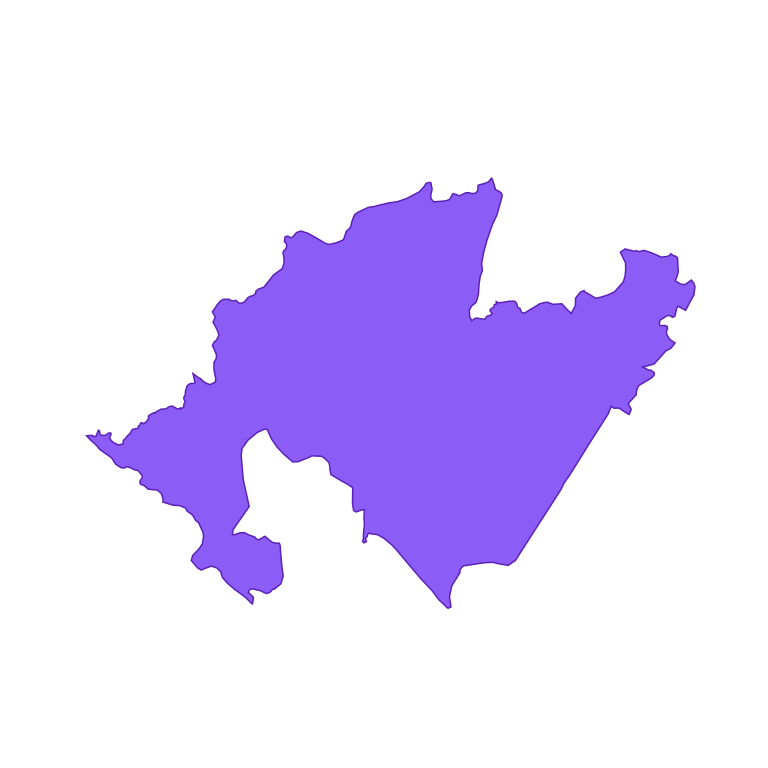 the district of Wamba, Orientale, Democratic Republic of the Congo, rotated 30°
{"feature_id": "63176286B98159467986291", "entity_name": "Wamba", "entity_type": "district", "adm_level": 2, "iso_a3": "COD", "parent_name": "Democratic Republic of the Congo", "parent_adm1": "Orientale", "projection": "mercator", "projection_center": [27.709, 2.096], "detail": "fine", "context": "isolated", "style": "filled", "palette": "violet", "viewbox_px": 768, "rotation_deg": 30, "n_neighbors": 0, "source": "geoboundaries", "source_scale": "gbopen_adm2", "svg_char_len": 6158}
<svg xmlns="http://www.w3.org/2000/svg" viewBox="0 0 768 768"><g transform="rotate(30 384 384)"><path d="M251.5,596.8L262.0,594.4L267.9,591.5L274.2,590.6L277.2,592.6L282.0,592.9L284.8,593.7L285.4,594.1L289.0,596.3L291.9,596.7L292.6,596.7L301.5,603.0L304.1,606.5L306.6,613.3L306.3,618.9L304.1,628.0L305.3,633.2L314.7,636.5L318.8,636.5L320.9,633.5L325.7,627.9L331.4,626.9L336.5,628.3L340.7,632.3L347.6,634.7L357.1,636.5L370.8,638.0L379.8,640.5L379.8,639.2L377.6,634.0L371.5,632.4L370.8,632.2L370.3,630.4L370.9,628.6L373.1,626.9L380.5,624.8L386.7,624.4L388.9,622.2L389.8,620.3L390.1,617.4L391.6,616.5L394.6,608.4L392.7,600.7L387.1,593.5L379.6,582.9L374.9,575.9L373.0,574.2L370.2,575.8L366.6,577.0L361.3,576.2L357.0,575.4L353.7,581.2L351.4,582.2L348.5,581.1L341.9,582.4L337.5,582.5L333.7,584.9L329.6,589.5L327.9,590.1L326.1,585.5L328.5,557.5L310.1,537.4L303.7,528.3L295.9,517.1L293.3,510.8L294.3,500.6L298.5,489.3L303.1,482.8L305.7,481.8L314.0,487.8L322.5,491.9L331.4,494.7L343.9,497.1L348.5,494.2L356.1,484.5L357.4,482.3L366.3,477.7L370.5,478.2L375.8,479.7L378.1,482.3L380.4,485.7L383.4,489.0L395.9,489.2L401.5,489.0L408.7,489.4L416.6,503.5L420.9,508.7L423.9,508.7L426.5,505.5L429.8,502.6L433.4,509.6L437.4,515.6L441.2,524.2L443.1,527.6L444.5,531.3L446.1,531.6L446.5,531.0L447.6,529.3L446.0,527.8L445.1,526.9L445.7,524.5L445.0,522.4L445.7,520.6L447.4,520.3L447.5,520.3L451.7,518.5L454.1,517.7L461.5,517.7L471.4,519.5L477.0,521.2L512.9,534.1L529.2,539.0L539.5,543.5L546.8,545.1L550.9,546.3L552.0,545.8L553.4,543.6L551.0,540.4L547.1,535.6L543.6,524.8L544.1,509.6L542.6,506.3L543.6,501.9L559.5,489.2L563.1,486.7L567.6,484.0L572.7,482.5L582.2,479.0L586.0,471.2L588.6,416.1L590.0,387.2L589.5,379.8L590.4,369.2L591.6,331.9L593.1,298.1L592.0,289.6L594.9,290.0L595.2,290.0L599.7,287.3L607.1,287.9L611.6,287.8L610.8,282.5L605.3,278.7L607.8,267.3L605.8,262.8L605.4,258.0L612.7,244.8L613.5,241.3L612.3,239.0L608.0,238.6L606.9,239.2L605.8,239.7L599.7,239.9L600.7,238.9L604.7,234.9L607.9,231.6L609.5,224.5L611.5,214.5L614.6,209.5L615.6,202.9L611.0,202.7L608.0,202.0L603.5,199.3L602.5,197.5L601.7,194.3L600.5,192.5L597.6,193.0L595.1,194.9L593.4,195.1L592.4,194.5L591.1,190.9L595.3,182.8L598.8,181.6L600.3,182.1L602.0,180.1L601.3,177.4L599.7,172.4L599.8,169.7L600.6,169.6L608.4,169.4L608.0,160.8L607.9,152.0L604.5,144.0L601.4,141.5L598.2,140.3L594.9,147.5L591.2,149.1L584.5,149.0L584.2,145.4L582.8,139.7L578.8,133.7L575.0,127.9L572.2,127.5L571.4,128.1L567.2,127.9L567.5,128.8L567.1,129.5L565.8,131.6L560.8,135.5L558.5,135.7L549.4,136.7L542.1,138.4L538.8,141.8L535.7,142.5L533.5,144.4L531.0,144.7L530.0,145.3L526.8,146.1L525.3,146.4L524.8,147.6L522.8,151.7L532.6,158.3L536.2,164.3L538.8,170.0L540.2,175.8L537.6,188.8L533.3,195.0L528.2,200.6L524.5,203.9L517.3,203.7L511.6,203.8L510.5,203.0L508.1,206.3L507.0,213.9L510.6,220.6L510.9,229.2L505.1,227.9L497.9,225.6L490.5,230.5L485.9,231.2L483.8,231.9L479.0,236.3L471.2,250.5L469.9,252.4L468.0,253.5L463.6,250.4L462.5,250.9L461.3,250.5L457.9,247.4L455.6,247.1L451.1,249.7L445.6,254.3L442.1,256.6L440.0,256.4L441.3,258.7L439.8,260.1L440.7,262.3L438.7,266.4L439.6,267.9L442.2,268.6L442.3,270.0L441.5,271.6L439.1,274.0L439.0,276.8L438.3,277.9L436.5,278.6L430.8,280.8L429.8,281.9L428.4,285.3L424.7,283.0L420.9,277.4L420.9,272.6L422.8,267.7L422.4,264.3L420.7,258.7L416.5,250.2L413.5,242.7L412.8,238.3L412.5,236.5L408.3,230.9L404.4,219.9L401.2,207.6L398.1,191.4L397.3,181.4L394.0,168.2L392.4,162.3L391.5,160.9L389.7,159.9L387.4,159.6L383.4,159.9L380.7,157.3L376.0,152.9L374.1,152.1L373.6,156.4L370.9,160.0L368.1,162.7L366.1,164.9L367.5,167.5L368.6,170.3L367.5,173.4L364.7,175.2L361.6,176.0L359.4,177.3L355.1,183.5L352.1,183.6L348.5,184.8L348.6,191.3L346.3,194.1L343.7,196.1L335.9,201.4L332.4,200.2L330.1,197.3L328.4,191.5L324.1,186.4L322.2,186.9L320.1,189.2L320.1,192.4L318.6,199.7L311.1,211.7L304.5,219.4L297.9,224.5L296.0,226.3L288.7,233.2L286.5,235.5L282.0,239.0L275.7,248.0L274.0,251.7L274.1,254.3L275.1,260.0L276.5,263.9L276.2,267.4L275.0,270.4L276.8,279.2L273.9,283.3L271.8,285.8L266.8,290.5L263.1,291.5L255.7,291.4L242.7,291.5L235.5,293.1L232.5,296.6L231.3,303.1L231.2,303.1L229.5,304.0L226.8,304.0L225.5,305.0L224.9,306.4L226.4,310.3L229.7,311.6L231.0,314.0L231.2,314.3L231.4,316.3L230.5,319.2L231.1,321.2L234.2,324.7L236.9,329.0L238.2,335.0L233.8,344.8L231.6,360.2L227.9,364.5L226.6,367.8L227.5,369.6L226.6,372.7L224.0,375.3L222.9,377.6L222.1,382.7L219.8,385.7L217.8,386.4L213.8,385.6L212.1,387.4L209.4,388.3L207.7,388.0L206.1,388.9L202.8,390.8L202.3,391.5L201.1,393.0L199.9,398.6L199.7,403.7L199.2,407.4L204.4,410.3L205.0,415.9L206.8,416.9L211.9,420.2L216.2,423.5L216.8,426.0L216.9,430.4L215.9,432.4L216.2,436.5L219.5,438.7L224.6,442.8L226.0,446.1L226.0,450.4L229.9,457.0L233.0,460.5L235.9,463.8L236.9,466.9L233.7,471.5L231.1,472.0L226.6,472.2L222.8,471.2L219.5,471.2L213.4,470.5L219.6,477.2L219.4,478.5L216.9,479.7L215.0,482.0L214.5,484.5L214.8,485.8L215.6,489.4L217.2,492.5L217.4,495.9L218.6,497.4L221.2,499.1L220.6,500.8L222.0,504.2L221.5,505.5L220.8,507.1L220.0,506.3L219.4,507.0L218.2,508.4L218.1,508.5L216.9,509.0L211.7,508.9L209.5,510.8L207.3,514.8L203.4,517.4L201.2,521.0L200.8,521.6L200.7,521.8L200.3,523.8L200.0,523.8L199.0,523.9L196.2,528.5L196.2,530.0L197.1,530.8L197.4,531.0L197.1,535.2L196.1,537.9L195.8,538.6L194.2,538.4L193.2,538.9L192.7,540.1L192.9,540.6L193.2,541.6L192.3,543.4L193.1,544.9L193.1,545.0L192.7,545.8L189.1,548.8L188.7,550.2L188.6,550.6L188.9,553.6L187.9,556.8L187.5,557.9L187.4,560.7L186.4,563.1L188.0,566.1L184.7,569.6L181.3,569.8L178.9,570.0L175.2,569.0L174.6,568.6L173.1,567.6L172.9,564.4L172.1,563.1L170.3,563.8L168.2,567.9L165.1,569.6L163.9,569.8L163.0,569.4L162.8,569.2L161.3,567.0L160.2,566.7L159.7,567.0L160.7,573.1L159.8,574.3L159.0,574.3L157.1,574.5L156.2,574.9L155.3,575.4L152.4,577.6L158.4,579.4L165.0,580.7L170.8,582.9L184.8,584.1L189.4,586.4L191.8,587.6L197.7,588.0L200.9,586.8L202.6,584.3L205.2,583.4L211.3,583.0L213.4,582.1L213.9,581.9L219.7,583.9L221.4,585.5L221.4,586.8L221.2,589.8L221.7,591.3L223.5,592.6L227.0,591.9L232.4,593.0L240.7,589.2L241.1,589.3L245.8,590.1L249.9,593.8L251.2,595.9L251.3,596.2L251.5,596.8Z" fill="#8b5cf6" stroke="#5b21b6" stroke-width="1.5"/></g></svg>